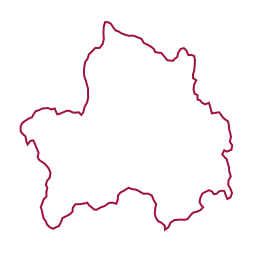 Viçosa, Minas Gerais, Brazil (Equal Earth projection), rotated 183°
{"feature_id": "56859067B7255025326359", "entity_name": "Viçosa", "entity_type": "district", "adm_level": 2, "iso_a3": "BRA", "parent_name": "Brazil", "parent_adm1": "Minas Gerais", "projection": "equal_earth", "projection_center": [-42.883, -20.747], "detail": "fine", "context": "isolated", "style": "outline", "palette": "rose", "viewbox_px": 256, "rotation_deg": 183, "n_neighbors": 0, "source": "geoboundaries", "source_scale": "gbopen_adm2", "svg_char_len": 2647}
<svg xmlns="http://www.w3.org/2000/svg" viewBox="0 0 256 256"><g transform="rotate(183 128 128)"><path d="M234.0,127.3L235.3,123.7L234.9,118.7L232.6,116.3L229.9,114.3L228.9,109.6L227.4,106.3L224.8,110.0L222.0,110.7L220.2,107.5L218.3,103.3L216.1,98.9L216.6,93.8L214.6,91.1L212.1,89.7L209.0,87.7L205.4,83.9L203.1,79.6L203.5,74.3L206.2,70.9L207.0,66.8L205.4,63.9L206.2,59.7L205.8,55.5L208.5,52.4L209.6,48.6L211.0,44.4L209.6,41.0L208.6,36.9L207.4,33.1L205.1,30.4L203.7,27.2L200.8,24.8L197.4,23.4L194.7,25.2L191.9,26.4L190.1,30.4L188.7,34.7L185.4,36.5L181.6,38.8L179.0,41.6L179.0,45.2L176.7,49.0L171.7,49.5L167.6,50.4L164.7,51.3L163.0,48.9L159.7,46.6L157.6,44.8L155.0,44.8L151.3,47.2L147.1,48.9L143.1,52.2L139.4,52.6L135.7,51.7L134.5,55.7L134.4,60.1L132.1,63.3L129.0,65.0L126.6,66.8L124.2,68.4L121.0,67.2L117.7,67.0L115.1,66.3L112.4,64.8L109.1,63.2L104.3,63.5L100.7,61.8L98.3,56.9L95.9,53.5L96.5,49.8L96.8,44.2L95.6,40.1L93.1,36.5L89.7,35.2L86.2,32.4L85.7,28.4L82.2,31.3L80.7,35.6L76.8,38.5L73.0,39.0L69.7,39.4L66.9,39.2L63.7,40.2L60.9,44.3L58.7,46.8L54.5,48.2L51.3,49.8L48.9,52.9L51.3,55.2L52.7,58.0L52.0,62.3L50.4,66.3L47.1,68.4L43.8,70.1L40.7,68.9L38.7,66.4L35.9,67.0L34.0,69.3L31.5,70.2L28.6,70.2L26.9,66.1L25.1,62.3L22.1,64.1L20.7,68.4L22.5,72.7L24.9,76.4L24.9,81.0L22.8,85.0L24.7,90.2L25.0,93.6L26.4,97.8L27.9,102.1L30.0,103.9L32.5,106.6L30.7,110.8L27.9,109.6L23.6,111.7L23.0,116.1L25.6,119.7L24.7,124.6L25.7,128.4L26.9,131.6L27.3,135.4L28.5,139.9L31.2,141.5L33.5,143.2L35.9,146.2L37.8,148.5L41.3,147.7L45.0,147.0L46.1,150.5L47.2,154.0L48.5,157.4L52.0,155.7L55.2,156.9L57.5,159.5L60.1,160.1L60.3,164.4L63.4,165.8L64.6,170.2L64.1,175.2L62.3,179.2L65.6,181.1L65.9,184.9L64.8,189.4L64.7,194.6L64.6,198.5L65.6,203.3L68.5,204.3L71.5,203.9L73.9,208.7L76.4,210.7L79.5,209.7L81.8,206.0L82.6,201.3L84.9,199.7L86.6,197.5L89.2,197.5L92.3,197.7L95.5,201.3L98.8,204.7L102.2,204.9L104.9,205.3L106.2,208.1L108.6,210.0L112.6,212.1L116.6,213.7L119.1,217.7L123.8,219.3L127.7,220.6L132.0,220.1L136.1,221.1L139.6,222.2L142.3,223.8L145.4,224.7L148.2,228.0L150.6,231.2L153.4,232.6L156.5,232.5L157.5,227.6L157.5,221.5L156.8,215.9L157.6,210.8L160.5,206.5L164.9,206.2L167.5,203.1L170.9,199.4L172.0,195.0L174.2,191.7L174.8,187.4L175.0,182.4L174.3,177.1L172.6,173.2L171.1,168.6L169.9,164.7L169.7,160.2L169.4,156.4L170.1,151.6L172.4,146.9L173.4,141.6L175.2,138.6L178.0,141.1L180.9,140.6L184.1,140.6L187.1,142.0L190.2,142.0L192.9,140.6L196.0,139.0L199.3,137.9L200.8,140.6L202.3,143.7L205.5,142.5L208.7,143.7L212.6,143.3L215.0,142.8L217.5,141.3L221.1,139.9L223.1,136.6L224.5,133.6L228.0,132.0L231.4,129.5L234.0,127.3Z" fill="none" stroke="#9f1239" stroke-width="2"/></g></svg>